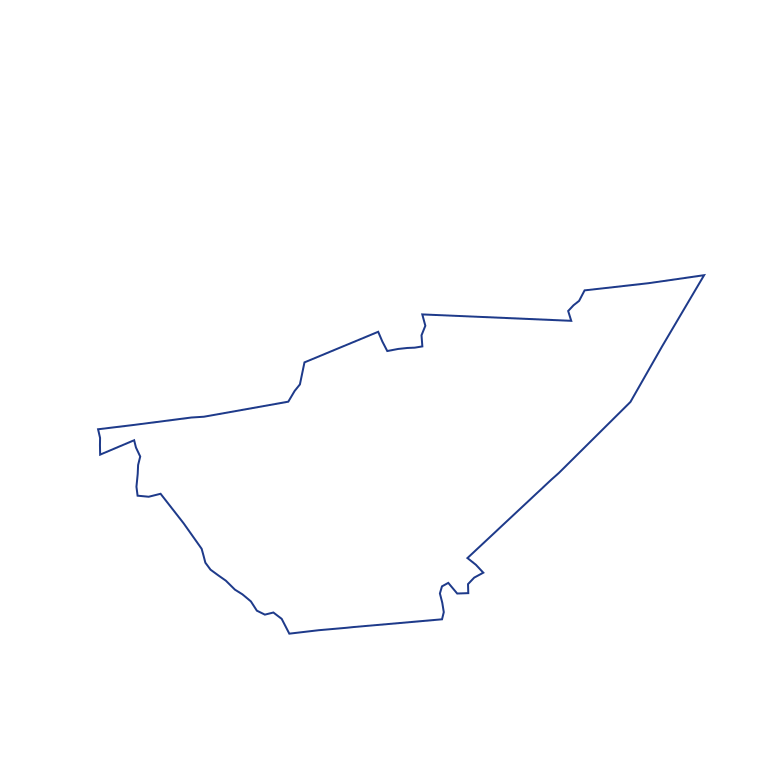 Boquim, Sergipe, Brazil, rotated 32°
{"feature_id": "56859067B73188427981672", "entity_name": "Boquim", "entity_type": "district", "adm_level": 2, "iso_a3": "BRA", "parent_name": "Brazil", "parent_adm1": "Sergipe", "projection": "mercator", "projection_center": [-37.611, -11.099], "detail": "fine", "context": "isolated", "style": "outline", "palette": "blue", "viewbox_px": 768, "rotation_deg": 32, "n_neighbors": 0, "source": "geoboundaries", "source_scale": "gbopen_adm2", "svg_char_len": 1041}
<svg xmlns="http://www.w3.org/2000/svg" viewBox="0 0 768 768"><g transform="rotate(32 384 384)"><path d="M557.9,552.8L555.6,545.8L549.3,538.6L542.4,532.0L540.4,524.9L543.9,518.6L557.1,522.9L566.3,516.7L561.3,509.2L563.1,500.4L568.2,491.4L557.7,488.6L547.0,487.4L576.6,376.4L579.4,366.9L602.5,268.6L599.9,204.6L597.8,122.1L554.7,158.5L504.5,198.3L505.4,210.1L503.0,216.8L501.5,224.5L509.3,231.2L379.6,304.7L388.2,312.7L390.0,322.8L396.6,331.8L390.8,336.9L384.8,341.0L377.4,346.8L369.3,354.3L360.0,348.8L351.4,342.8L305.1,407.8L312.9,428.9L311.9,437.2L312.2,449.7L248.6,507.2L238.4,514.5L191.8,552.7L165.5,573.9L171.8,580.2L175.6,586.5L180.7,594.3L201.9,564.1L207.3,569.3L215.7,574.7L218.4,583.0L222.8,590.8L228.5,602.3L234.2,609.3L244.2,604.3L252.7,595.5L287.8,608.3L316.7,620.4L321.8,625.1L327.2,630.2L335.3,633.4L344.9,634.1L354.1,634.6L366.6,637.4L375.4,637.4L386.3,638.9L396.3,643.6L405.2,642.7L411.3,636.4L421.7,637.4L436.0,645.9L459.1,627.4L481.4,610.6L486.9,606.3L557.9,552.8Z" fill="none" stroke="#1e3a8a" stroke-width="2"/></g></svg>